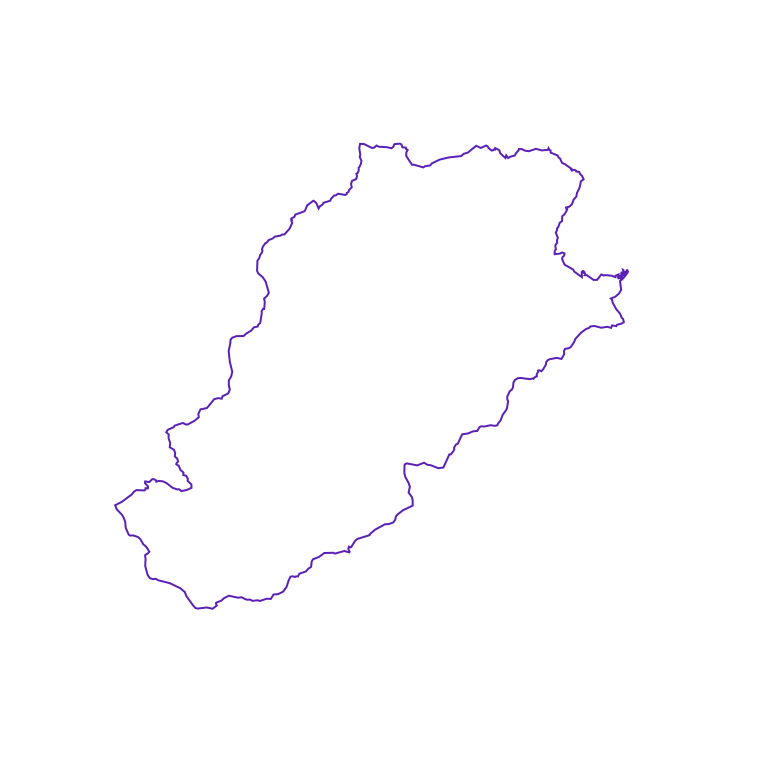 Salistea De Sus, Maramures, Romania (Equal Earth projection), rotated 26°
{"feature_id": "2599482B82116466406118", "entity_name": "Salistea De Sus", "entity_type": "district", "adm_level": 2, "iso_a3": "ROU", "parent_name": "Romania", "parent_adm1": "Maramures", "projection": "equal_earth", "projection_center": [24.362, 47.631], "detail": "fine", "context": "isolated", "style": "outline", "palette": "violet", "viewbox_px": 768, "rotation_deg": 26, "n_neighbors": 0, "source": "geoboundaries", "source_scale": "gbopen_adm2", "svg_char_len": 6165}
<svg xmlns="http://www.w3.org/2000/svg" viewBox="0 0 768 768"><g transform="rotate(26 384 384)"><path d="M315.0,667.5L322.6,662.6L328.5,661.1L330.8,656.4L329.2,655.1L329.0,654.2L332.8,650.0L334.1,646.6L337.4,642.3L346.4,640.1L349.5,638.1L353.7,638.2L355.6,637.9L358.3,636.4L360.8,636.6L365.2,633.8L367.6,633.4L372.7,628.4L376.5,626.8L377.0,621.6L380.9,619.3L384.4,614.9L385.4,608.8L384.4,602.6L384.4,598.2L386.3,596.8L388.6,596.5L389.2,595.5L391.0,594.7L391.1,591.6L396.0,586.7L396.8,583.5L398.6,580.3L396.8,575.1L397.0,572.7L401.5,567.8L404.4,562.1L412.4,557.9L414.2,558.0L421.5,551.5L426.6,550.6L426.7,549.9L424.1,547.7L423.8,545.5L425.7,545.5L426.0,544.9L426.8,537.5L428.0,534.9L437.3,526.2L437.0,525.4L439.8,518.9L446.3,509.7L449.7,507.8L453.0,504.4L453.6,501.2L452.7,497.8L453.5,495.1L456.3,489.3L463.1,480.7L460.6,475.7L458.5,473.3L453.7,470.8L452.3,465.0L449.8,462.4L443.8,458.1L441.2,454.9L438.1,448.1L438.2,446.5L439.5,445.3L449.5,442.6L454.5,437.2L458.2,437.6L461.8,436.5L469.7,435.9L474.0,433.0L473.6,418.6L474.9,418.1L475.8,413.6L475.8,412.0L474.9,410.4L475.2,407.0L476.5,405.1L476.3,395.0L481.2,391.6L484.8,387.5L488.4,385.3L488.7,381.1L489.7,379.6L493.0,378.1L497.9,374.3L501.8,373.1L504.0,371.4L503.8,369.9L504.7,365.6L504.2,359.7L505.2,354.0L505.1,351.6L503.1,345.0L501.6,343.9L500.3,341.3L500.2,335.5L501.4,332.9L501.4,330.4L499.7,325.9L500.0,322.8L501.7,320.2L504.0,318.7L513.0,315.7L515.2,313.8L516.1,313.8L516.3,312.3L518.0,310.0L517.0,308.5L517.2,305.4L516.6,304.4L517.3,303.7L519.9,303.4L520.6,300.9L521.0,295.6L520.2,293.3L520.7,290.8L521.9,289.2L527.8,284.8L532.5,283.7L532.9,278.3L531.3,275.5L531.3,273.1L534.7,270.6L535.6,269.0L536.5,262.8L536.2,259.8L538.5,251.7L541.6,245.8L543.7,243.8L544.2,241.9L547.7,239.6L554.6,238.2L559.6,234.7L563.5,234.0L563.3,231.3L567.4,230.2L567.4,228.7L571.1,225.5L572.5,223.3L570.4,220.8L568.4,220.1L565.3,217.3L560.0,215.0L553.6,210.4L552.2,208.4L550.4,207.7L553.5,204.4L555.5,199.8L555.9,195.4L551.0,188.0L552.9,183.2L554.1,177.6L554.0,176.1L552.1,174.5L552.6,175.5L552.0,178.0L550.1,177.8L549.2,176.6L548.7,176.6L551.9,180.0L552.1,181.2L551.1,181.3L551.0,180.6L550.5,181.0L548.3,179.0L548.8,180.4L549.4,180.3L549.5,181.5L550.1,181.4L549.5,182.2L550.5,182.0L550.7,184.0L551.1,183.6L551.8,184.8L549.8,184.4L550.2,185.3L548.3,186.2L547.4,185.3L547.8,183.6L546.9,183.7L546.7,182.8L544.7,185.1L545.2,186.5L541.1,186.9L534.9,189.2L534.1,190.1L531.3,190.3L529.9,197.0L526.8,198.6L518.7,197.3L517.0,198.0L517.2,197.4L516.2,196.6L514.7,196.5L515.2,195.9L515.0,195.0L514.8,195.7L513.9,195.1L513.1,195.4L512.6,196.6L515.0,201.2L505.8,199.6L503.8,198.2L494.1,197.6L489.5,193.9L488.8,192.0L489.6,189.6L489.0,187.5L486.5,187.7L484.9,189.7L480.5,192.5L479.2,189.9L479.4,187.4L477.6,185.1L477.2,183.2L477.8,181.1L476.5,179.1L476.1,176.3L472.0,172.6L472.1,170.2L471.4,168.6L471.8,166.4L471.3,162.0L472.6,159.5L470.7,155.1L471.7,152.6L472.2,149.0L472.0,146.5L471.2,146.7L470.2,145.6L472.9,143.3L474.1,140.1L473.6,135.1L474.7,131.3L473.7,127.7L473.7,121.5L472.1,115.6L473.7,112.5L470.9,110.2L467.8,109.1L466.6,107.8L463.5,108.7L463.1,108.1L461.2,108.0L459.4,109.8L458.3,109.2L458.6,108.6L457.6,108.3L450.1,107.1L447.1,107.2L443.4,104.2L441.6,103.9L439.9,102.5L432.4,103.0L431.2,101.0L430.0,101.1L428.5,100.0L428.6,101.7L423.4,104.9L417.5,106.0L412.1,111.3L408.4,112.5L405.1,112.4L402.3,113.6L402.5,115.2L401.6,118.1L401.4,121.3L397.8,124.4L396.6,126.5L393.7,125.0L394.1,127.7L387.2,125.6L385.1,123.3L380.5,123.2L380.9,124.9L379.9,125.1L379.4,126.3L378.3,127.0L374.4,126.0L373.0,125.0L371.2,124.9L367.6,129.4L362.4,129.5L357.9,139.3L354.8,142.1L353.4,145.3L342.9,152.0L335.7,157.9L330.4,164.6L329.6,167.4L325.5,170.2L324.4,172.1L314.6,173.8L313.1,174.7L304.0,169.3L302.5,166.0L302.7,163.3L300.7,163.0L300.0,162.0L296.8,163.2L294.7,161.1L293.0,161.0L288.4,163.7L288.1,164.9L288.5,166.4L287.4,168.8L282.7,169.9L275.4,173.0L272.7,173.0L271.6,175.8L269.8,177.1L260.8,177.1L257.2,178.7L258.4,182.9L262.3,188.5L262.5,190.4L265.9,193.3L266.7,196.1L266.8,199.6L266.4,200.6L267.7,203.2L267.9,205.8L267.0,207.1L268.7,209.0L269.1,212.1L266.2,215.4L266.7,218.6L268.8,221.4L267.6,224.8L267.9,226.8L266.8,228.7L267.2,229.6L266.3,231.1L259.3,233.1L258.0,235.6L256.5,236.5L255.3,240.4L255.3,242.9L250.3,247.5L250.0,250.0L248.5,252.2L248.3,254.9L243.9,251.1L240.4,250.1L240.0,250.5L236.6,257.2L237.0,262.1L236.6,263.9L230.1,270.5L230.2,273.1L228.1,275.9L228.3,276.6L229.5,277.0L229.2,278.1L230.9,279.3L231.0,286.0L228.9,293.3L227.1,294.1L225.9,296.0L221.0,299.6L220.4,301.7L217.3,305.2L216.4,308.7L215.6,309.5L214.9,314.0L215.3,316.4L216.3,317.5L216.7,319.1L216.1,322.6L216.7,325.3L216.2,328.7L220.3,337.9L222.4,339.7L228.0,341.1L232.7,343.8L240.5,352.5L240.3,355.8L238.8,359.9L240.7,362.2L243.0,367.8L243.3,369.1L242.4,369.3L242.1,372.3L243.2,374.2L246.0,383.5L245.0,385.5L245.2,387.8L242.3,390.0L241.2,394.3L238.1,399.0L236.7,402.5L230.5,405.6L227.3,408.9L226.7,411.7L227.9,414.4L229.9,422.4L235.6,431.5L242.3,439.6L243.3,444.0L243.0,449.0L245.0,452.9L247.9,456.8L248.1,459.5L248.0,461.0L244.2,465.8L244.6,468.3L241.0,469.5L238.0,472.1L235.4,483.2L230.2,487.2L230.2,492.1L232.1,495.2L229.8,500.1L225.3,506.5L223.3,507.3L220.3,507.2L214.1,513.2L213.9,515.0L209.7,520.0L209.4,522.8L212.6,523.7L214.1,527.1L217.6,530.7L219.2,534.8L224.0,535.2L226.5,537.4L227.7,540.8L230.9,541.7L232.9,544.0L232.2,546.2L232.5,547.2L235.4,547.5L238.8,550.5L242.6,551.5L243.5,553.8L246.5,553.2L249.3,555.3L250.0,557.2L254.9,558.7L256.5,561.7L253.1,565.8L248.8,569.1L246.1,568.4L244.3,569.4L239.6,570.0L232.2,568.4L227.9,568.4L224.0,569.9L222.2,571.6L221.4,570.6L218.9,570.4L217.4,571.2L216.0,575.1L212.1,576.2L212.6,577.9L216.8,579.5L217.5,581.4L215.4,582.1L215.8,583.8L215.1,584.8L208.0,587.9L206.4,590.6L205.8,593.6L200.1,604.7L195.5,610.8L198.7,613.8L205.8,616.4L208.6,618.3L211.8,621.3L214.9,626.5L220.6,631.3L222.0,631.6L225.1,630.0L230.0,629.4L232.9,630.2L237.9,633.6L241.9,634.6L246.6,637.6L246.0,639.9L244.4,642.1L244.5,643.0L246.3,645.6L249.2,652.3L255.1,659.1L258.6,661.1L261.7,660.8L264.3,659.1L267.0,659.4L278.9,656.9L290.6,656.9L296.2,658.3L299.2,661.2L309.7,666.8L312.8,668.0L315.0,667.5Z" fill="none" stroke="#5b21b6" stroke-width="2"/></g></svg>